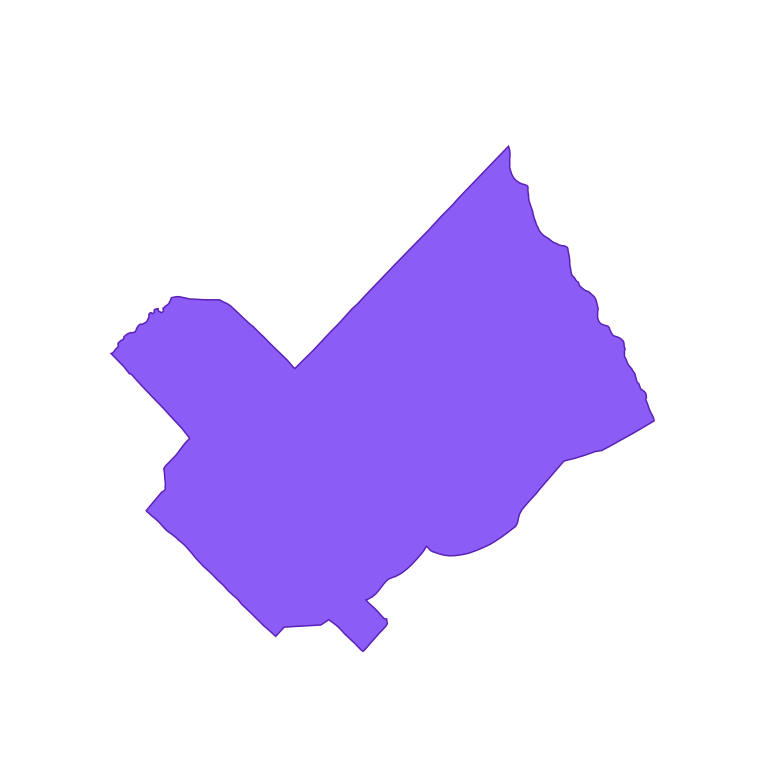 Siem Reap, Siemréab, Cambodia, rotated 224°
{"feature_id": "14789045B16739970374251", "entity_name": "Siem Reap", "entity_type": "district", "adm_level": 2, "iso_a3": "KHM", "parent_name": "Cambodia", "parent_adm1": "Siemréab", "projection": "natural_earth1", "projection_center": [103.853, 13.34], "detail": "fine", "context": "isolated", "style": "filled", "palette": "violet", "viewbox_px": 768, "rotation_deg": 224, "n_neighbors": 0, "source": "geoboundaries", "source_scale": "gbopen_adm2", "svg_char_len": 5367}
<svg xmlns="http://www.w3.org/2000/svg" viewBox="0 0 768 768"><g transform="rotate(224 384 384)"><path d="M298.4,126.9L286.6,127.2L286.9,139.8L262.0,166.8L260.0,176.1L251.6,177.2L248.4,177.4L244.0,177.3L238.8,176.9L233.6,177.0L228.6,177.0L223.7,177.1L220.7,176.9L217.5,176.8L214.7,176.8L213.2,177.3L213.3,182.6L213.7,187.9L214.0,195.1L214.3,201.1L214.3,205.8L214.4,211.4L215.1,213.9L217.0,215.4L218.2,216.2L219.0,216.8L220.1,215.8L221.0,215.4L222.7,215.4L225.5,215.6L228.7,215.9L233.6,216.1L238.7,216.0L243.5,215.8L245.6,216.1L247.0,216.1L246.0,218.2L245.6,219.5L244.6,222.6L244.1,227.1L244.4,232.1L244.8,235.6L245.4,241.3L245.5,244.7L245.2,247.0L243.6,250.5L242.4,252.8L241.5,255.1L240.2,259.2L239.4,263.7L238.9,268.3L238.7,272.1L238.7,277.7L238.9,283.0L239.1,287.6L239.7,292.4L240.5,295.3L240.7,296.7L238.1,296.8L235.2,296.5L232.7,297.1L228.7,299.0L226.0,300.3L222.6,302.2L218.0,305.5L214.4,309.1L211.9,312.1L208.7,316.3L205.4,321.3L203.6,325.0L203.0,326.2L200.6,331.4L198.4,336.9L196.2,342.7L194.8,348.1L193.4,354.5L192.0,362.1L191.1,368.6L190.5,372.3L190.7,374.5L191.9,377.5L194.3,381.2L196.1,384.5L197.5,389.8L197.9,395.3L198.2,402.5L198.4,410.6L199.0,417.5L199.5,426.1L200.1,436.9L200.5,443.4L201.0,452.6L200.7,454.2L194.8,463.6L189.8,472.8L185.1,482.2L181.2,487.4L178.6,495.2L175.3,506.2L170.4,522.2L164.1,545.0L165.3,546.0L167.1,547.1L168.2,547.5L169.5,548.0L171.2,548.4L172.8,549.0L174.2,549.5L177.1,550.9L179.1,552.0L181.2,553.0L182.4,553.6L183.4,554.0L185.2,554.9L185.7,556.4L186.8,557.4L187.5,558.0L188.5,558.8L190.1,559.3L191.8,559.4L193.0,559.2L194.4,559.1L195.8,558.7L198.7,560.1L199.9,560.8L201.2,561.3L202.7,561.1L204.0,561.6L206.3,563.0L207.8,563.8L209.1,564.6L210.3,565.5L211.6,565.9L212.6,566.0L213.9,566.3L215.0,566.5L216.3,567.1L217.8,567.1L219.2,567.3L221.6,567.6L223.9,568.4L226.8,569.8L229.5,570.7L230.6,571.2L232.7,573.5L233.7,574.3L234.3,575.8L234.9,576.7L236.6,577.5L237.9,578.4L239.1,579.5L240.2,580.4L241.0,580.8L242.1,581.1L244.0,581.1L245.5,581.0L246.9,580.7L248.9,579.9L250.2,579.3L251.8,578.4L253.4,578.1L256.2,578.8L257.7,579.4L259.1,579.9L261.2,581.0L262.7,581.2L264.5,580.4L267.3,578.9L270.1,577.9L272.0,578.2L273.8,578.6L275.0,579.3L276.0,579.9L277.3,580.8L278.5,582.3L280.0,583.7L281.0,585.1L282.0,586.7L283.5,587.7L285.2,588.8L286.9,589.9L288.3,590.8L289.7,591.6L291.5,592.4L293.4,592.8L296.7,592.7L299.3,592.7L301.4,592.4L304.0,591.1L306.5,590.8L308.7,590.6L310.0,590.6L311.2,590.5L312.6,590.9L313.4,591.5L314.8,592.2L316.4,591.8L318.4,592.0L319.8,592.6L321.3,592.7L323.4,592.7L325.4,593.3L326.8,594.2L328.1,595.2L329.9,596.5L331.7,597.8L334.2,599.8L335.5,601.2L337.4,602.9L339.8,604.8L341.9,606.2L343.7,607.4L345.7,609.0L346.9,609.6L348.5,609.3L350.2,608.6L352.0,607.2L353.6,606.2L355.1,605.4L356.7,605.2L360.6,603.6L363.2,603.2L366.0,603.0L369.3,602.3L372.4,601.7L375.3,601.7L377.1,601.9L378.6,602.1L382.1,603.6L385.0,604.5L386.6,605.4L387.8,606.1L391.3,607.7L394.6,609.7L396.6,611.2L400.2,613.1L403.1,614.5L406.8,616.5L409.6,618.6L411.4,620.4L413.2,621.7L415.4,623.6L416.7,625.2L417.6,625.9L419.0,626.1L421.3,625.2L423.9,623.7L426.5,622.8L430.3,622.2L434.2,622.4L438.2,623.8L440.9,625.3L444.2,627.2L446.2,629.5L448.0,631.2L449.9,633.2L451.8,635.6L453.6,637.4L455.5,639.1L458.5,641.0L459.6,641.5L459.6,616.3L459.5,569.1L459.1,561.0L459.3,543.8L458.8,525.4L459.0,501.1L459.1,477.5L459.0,441.4L458.9,433.2L458.7,422.8L459.2,416.1L458.8,404.8L458.5,395.6L458.7,384.0L458.4,367.3L458.3,357.5L458.4,354.2L458.7,342.4L458.9,333.2L461.4,333.1L464.8,333.5L470.8,334.0L478.0,334.0L484.8,334.0L490.0,334.0L496.6,334.1L503.0,334.3L512.2,334.3L517.3,334.4L524.5,333.9L530.5,333.8L537.0,333.8L542.8,333.7L548.7,333.6L552.5,332.9L557.0,331.4L559.2,330.6L560.4,330.5L561.5,329.6L564.1,327.1L566.6,324.7L570.8,320.7L573.5,318.3L576.4,315.8L579.8,312.9L582.5,310.4L586.0,308.3L589.0,306.4L591.8,304.7L594.0,302.6L595.3,300.7L596.5,299.0L596.8,298.0L595.7,295.8L595.2,293.8L594.6,292.2L594.9,290.0L595.4,287.6L595.1,286.3L595.7,285.2L594.8,284.5L593.5,283.4L593.2,281.8L594.0,280.4L595.5,280.4L596.5,279.7L598.2,280.5L598.8,281.3L599.9,279.8L600.6,278.9L600.6,277.3L599.8,276.8L598.9,275.8L599.4,273.7L601.1,273.6L601.7,272.1L601.4,270.6L600.6,270.1L599.7,269.0L598.9,266.7L598.4,265.4L598.2,264.4L598.2,262.8L598.5,261.8L599.3,259.5L599.9,258.5L601.1,257.5L601.1,255.8L601.1,254.7L600.8,253.0L599.9,250.9L599.2,248.4L599.9,247.3L600.7,246.0L601.9,245.0L603.3,242.1L603.7,239.8L603.9,237.3L602.9,236.2L602.8,234.2L603.5,232.2L603.7,229.0L603.2,227.9L601.8,227.1L601.1,226.0L601.2,224.0L601.2,222.7L601.2,221.5L600.7,220.3L600.9,217.7L601.5,216.3L596.2,216.2L589.2,215.9L583.3,215.8L574.3,214.5L572.4,215.5L557.1,214.4L541.8,213.8L525.7,213.3L514.2,212.5L498.5,211.7L489.3,210.4L487.8,210.2L486.0,209.8L486.1,204.7L485.7,200.0L484.7,192.7L484.2,188.5L484.2,183.0L484.2,178.5L484.3,173.5L483.6,170.2L480.9,168.1L478.3,165.8L475.3,163.2L472.0,160.4L470.0,158.1L468.3,156.3L468.0,154.7L468.8,151.7L467.2,128.9L467.1,127.8L465.9,127.5L463.4,127.7L459.3,127.8L454.9,128.2L449.5,128.3L441.7,127.7L437.6,127.7L431.7,128.6L426.0,129.1L423.4,129.0L420.4,129.3L415.6,129.6L406.9,129.0L398.9,128.0L392.4,127.6L387.2,127.4L380.4,127.6L375.1,127.7L367.6,127.4L359.8,127.6L352.0,127.0L346.0,127.2L340.0,127.5L333.0,126.7L326.6,126.8L318.9,126.8L314.2,126.7L309.3,126.7L302.6,126.5L298.4,126.9Z" fill="#8b5cf6" stroke="#5b21b6" stroke-width="1.5"/></g></svg>